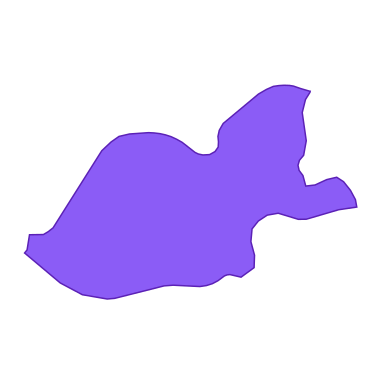 map outline of Territoire de Belfort (Albers equal-area conic projection), rotated 272°
{"feature_id": "FRA-5348", "entity_name": "Territoire de Belfort", "entity_type": "Metropolitan department", "adm_level": 1, "iso_a3": "FRA", "parent_name": "France", "parent_adm1": "", "projection": "albers", "projection_center": [6.973, 47.626], "detail": "fine", "context": "isolated", "style": "filled", "palette": "violet", "viewbox_px": 384, "rotation_deg": 272, "n_neighbors": 0, "source": "natural_earth", "source_scale": "10m", "svg_char_len": 1103}
<svg xmlns="http://www.w3.org/2000/svg" viewBox="0 0 384 384"><g transform="rotate(272 192 192)"><path d="M247.2,304.4L232.6,302.3L227.5,298.3L222.4,297.0L217.3,298.3L212.3,302.3L201.9,305.5L203.3,314.7L209.1,326.2L211.8,336.1L207.6,343.1L199.2,350.3L190.1,355.6L182.7,357.2L179.4,339.2L168.8,307.2L168.4,299.2L173.8,278.9L171.5,268.0L165.3,259.3L157.2,253.3L144.4,252.6L131.0,256.7L118.6,256.7L108.6,244.0L110.8,232.8L110.4,230.0L109.3,227.4L104.2,221.0L101.1,215.6L99.0,209.7L97.8,203.2L98.2,176.4L97.2,167.4L83.0,118.4L82.1,111.0L85.5,86.0L96.5,63.5L125.2,26.8L128.4,29.2L143.6,31.1L144.3,45.0L147.2,49.5L151.3,54.4L230.1,100.4L239.1,109.3L245.0,117.1L247.8,127.5L249.8,146.5L249.7,152.1L249.2,158.0L248.2,163.4L246.6,169.1L244.2,174.8L241.3,180.4L231.7,193.6L230.2,197.0L229.4,201.6L230.0,208.3L233.2,213.6L237.8,216.6L243.0,216.7L248.5,216.0L254.6,217.1L261.6,220.8L292.2,255.0L297.1,262.8L300.4,269.6L301.4,275.2L301.9,280.4L301.9,285.7L301.4,289.7L299.2,296.9L296.8,306.3L296.8,306.6L295.7,306.4L288.4,302.2L275.2,299.4L247.2,304.4Z" fill="#8b5cf6" stroke="#5b21b6" stroke-width="1.5"/></g></svg>